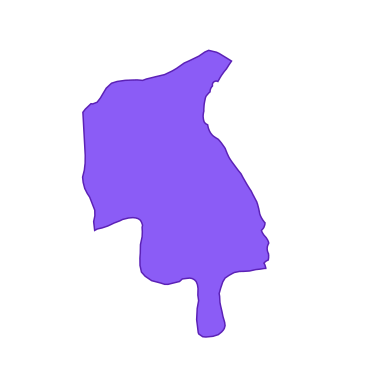 Banha, Al Qalyubiyah, Egypt, rotated 148°
{"feature_id": "37247803B4989882956634", "entity_name": "Banha", "entity_type": "district", "adm_level": 2, "iso_a3": "EGY", "parent_name": "Egypt", "parent_adm1": "Al Qalyubiyah", "projection": "orthographic", "projection_center": [31.184, 30.466], "detail": "fine", "context": "isolated", "style": "filled", "palette": "violet", "viewbox_px": 384, "rotation_deg": 148, "n_neighbors": 0, "source": "geoboundaries", "source_scale": "gbopen_adm2", "svg_char_len": 5119}
<svg xmlns="http://www.w3.org/2000/svg" viewBox="0 0 384 384"><g transform="rotate(148 192 192)"><path d="M89.1,282.1L91.1,286.2L93.0,290.0L95.5,295.0L97.1,297.5L102.8,303.3L106.9,303.9L114.2,303.6L124.5,304.7L130.3,305.5L139.7,305.0L143.8,305.1L145.3,305.2L153.1,306.1L160.2,308.5L161.6,309.0L163.2,309.5L170.8,312.0L174.7,312.8L179.1,316.1L183.7,318.8L189.5,322.1L196.9,325.4L202.6,326.9L209.7,325.5L215.2,322.7L219.8,320.3L224.9,318.4L229.5,319.3L230.9,320.4L238.6,318.8L242.3,317.4L263.1,279.7L267.4,273.0L269.9,269.9L271.7,267.6L276.9,262.6L279.2,257.8L281.1,251.8L281.6,246.2L281.5,241.8L284.1,228.1L286.9,223.4L291.1,219.0L294.9,211.0L291.8,210.8L287.3,209.2L281.5,207.8L278.3,207.4L274.6,207.0L268.5,205.8L265.4,205.5L259.6,203.6L255.7,201.6L253.4,199.8L251.7,197.8L250.7,195.3L250.9,192.7L251.5,190.1L253.1,188.4L255.2,184.6L258.0,180.5L261.0,177.4L263.6,174.7L268.3,167.5L270.5,164.5L271.8,162.6L272.0,162.1L272.3,161.7L275.0,157.3L277.3,150.9L276.4,145.5L275.5,143.4L273.2,138.2L269.8,134.6L266.9,131.5L264.1,128.2L261.3,126.4L259.4,125.8L250.0,122.7L246.3,123.4L242.6,121.7L239.5,120.2L237.7,118.5L236.4,116.2L235.9,113.8L236.5,110.5L238.0,107.0L241.7,101.4L244.0,96.3L249.3,90.5L251.5,87.3L255.7,81.3L258.2,75.9L260.4,71.2L261.2,69.5L261.5,68.0L259.6,63.6L257.1,61.7L250.7,58.5L245.3,57.1L241.1,57.6L238.7,58.3L237.0,59.1L234.8,61.1L233.4,64.1L231.7,70.1L230.0,74.6L228.2,79.9L226.8,83.6L223.8,89.0L222.8,91.5L220.8,93.3L218.5,95.4L213.5,99.5L209.5,101.5L204.7,101.7L200.7,101.5L198.7,101.3L193.9,99.5L190.2,97.3L185.0,94.5L179.0,92.4L175.1,90.5L171.3,88.9L169.9,88.1L169.6,88.6L169.4,89.4L169.2,90.1L169.0,90.8L168.8,91.6L168.8,91.9L168.7,92.3L168.7,93.1L168.7,93.5L167.9,93.8L167.4,93.9L166.8,94.0L166.2,94.1L165.7,94.1L165.1,94.1L164.5,94.1L164.2,94.0L163.9,94.0L163.5,93.9L163.2,94.1L162.7,94.7L162.4,95.0L162.1,95.4L161.6,96.0L161.4,96.4L161.2,96.7L160.7,97.4L160.5,97.8L160.3,98.2L160.0,98.9L159.8,99.2L159.8,99.7L159.7,100.3L159.6,100.9L159.4,101.6L159.2,102.2L159.0,102.7L158.7,103.3L158.4,103.9L158.1,104.4L157.7,104.9L157.3,105.4L156.9,105.9L156.4,106.3L155.9,106.7L155.4,107.1L155.1,107.3L154.9,107.4L154.3,107.7L154.2,107.8L153.8,108.5L153.7,108.9L153.5,109.7L153.4,110.5L153.3,111.3L153.3,112.1L153.3,112.5L153.3,112.9L153.3,113.7L153.3,114.1L153.4,114.5L153.5,115.2L153.6,115.6L153.7,116.4L153.8,117.1L153.9,117.5L153.9,117.9L153.9,118.7L153.9,119.1L153.9,119.5L153.9,120.3L153.8,120.6L153.8,121.0L153.7,121.8L153.5,122.6L153.0,122.8L152.4,122.9L152.0,123.0L151.8,123.1L151.2,123.3L150.6,123.5L150.3,123.7L150.0,123.8L149.5,124.1L149.2,124.3L149.0,124.5L148.5,124.9L148.0,125.3L147.6,125.7L147.1,126.2L146.8,126.7L146.4,127.2L146.6,128.1L146.7,129.2L146.7,129.7L146.8,130.2L146.8,131.2L146.8,131.7L146.8,132.2L146.8,133.3L146.7,133.8L146.7,134.3L146.6,135.3L146.5,135.8L146.4,136.3L146.2,137.4L146.2,137.5L145.5,139.2L144.9,140.8L144.3,142.4L143.8,144.0L143.3,145.6L142.8,147.2L142.6,148.3L142.4,148.9L142.3,149.3L142.3,149.6L142.1,152.4L141.9,155.1L141.7,157.9L141.4,160.6L141.4,161.0L141.3,161.4L141.4,163.6L141.4,166.3L141.4,169.1L141.3,171.8L141.2,174.5L141.1,177.2L140.9,179.9L140.8,181.6L141.1,183.8L141.4,186.3L141.6,188.9L141.8,191.4L142.0,193.9L142.2,196.5L142.3,199.0L142.3,201.2L142.2,202.6L142.0,204.2L141.8,205.9L141.5,207.5L141.2,209.2L140.9,210.8L140.8,211.2L140.8,211.4L140.8,213.0L140.9,214.2L140.9,214.4L140.9,214.6L141.0,216.2L141.1,217.9L141.3,219.5L141.5,221.1L141.8,222.7L141.8,222.8L142.4,224.0L143.2,225.6L143.9,227.2L144.2,227.9L144.4,228.6L144.6,229.3L144.7,229.7L144.7,230.1L144.8,230.8L144.9,231.2L144.9,231.6L145.0,232.3L144.9,232.7L144.9,233.1L144.9,233.8L144.9,234.2L144.8,234.6L144.7,235.3L144.6,235.6L144.6,236.1L144.4,236.9L144.3,237.3L144.2,237.7L144.0,238.4L143.8,238.8L143.7,239.2L143.4,240.0L143.1,240.7L143.2,240.9L143.4,241.2L143.5,241.3L143.7,241.7L144.0,242.2L144.1,242.4L144.1,242.7L144.3,243.2L144.4,243.7L144.5,244.2L144.5,244.7L144.5,245.2L144.5,245.4L144.3,245.9L144.1,246.7L143.9,247.1L143.8,247.5L143.5,248.2L143.3,248.6L143.1,249.0L142.8,249.7L142.6,250.1L142.4,250.4L141.9,251.1L141.7,251.4L141.4,251.8L140.9,252.4L140.6,252.7L140.4,253.0L139.8,253.6L139.2,254.2L138.8,254.8L138.1,256.0L137.3,257.1L136.5,258.2L135.7,259.3L134.8,260.4L133.9,261.4L133.0,262.4L132.0,263.4L131.1,264.4L130.0,265.3L129.7,265.6L129.3,265.8L128.4,266.1L128.0,266.3L127.5,266.4L126.6,266.7L126.2,266.8L125.7,267.0L124.8,267.2L123.9,267.3L123.6,267.4L123.5,267.6L123.2,268.0L122.8,268.5L122.4,268.9L121.9,269.3L121.5,269.7L121.0,270.0L120.5,270.3L120.2,270.4L120.0,270.5L119.8,270.6L119.5,270.8L118.9,270.9L118.4,271.1L118.2,271.5L118.1,271.8L117.9,272.1L117.6,272.5L117.4,272.8L117.1,273.0L116.8,273.2L116.5,273.4L116.1,273.6L115.7,273.7L115.4,273.8L115.0,273.8L114.6,273.8L114.2,273.8L113.8,273.7L113.5,273.6L113.1,273.5L112.8,273.3L112.4,273.1L112.2,272.8L111.9,272.6L111.7,272.3L111.5,272.0L110.8,272.4L109.4,273.1L108.0,273.9L106.6,274.6L105.2,275.3L103.7,275.9L102.3,276.5L100.8,277.1L99.3,277.6L97.8,278.1L97.4,278.2L97.1,278.4L95.4,279.2L93.6,280.1L91.8,280.9L90.0,281.7L89.5,281.9L89.1,282.1Z" fill="#8b5cf6" stroke="#5b21b6" stroke-width="1.5"/></g></svg>